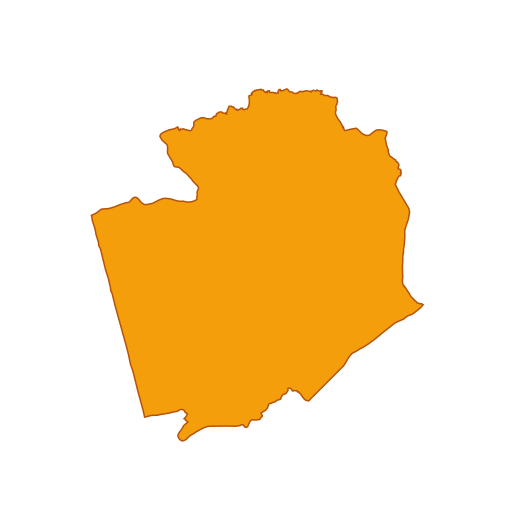 the district of Koulpelogo, Koulpélogo, Burkina Faso, rotated 62°
{"feature_id": "67063806B92956545078683", "entity_name": "Koulpelogo", "entity_type": "district", "adm_level": 2, "iso_a3": "BFA", "parent_name": "Burkina Faso", "parent_adm1": "Koulpélogo", "projection": "natural_earth1", "projection_center": [0.149, 11.415], "detail": "fine", "context": "isolated", "style": "filled", "palette": "amber", "viewbox_px": 512, "rotation_deg": 62, "n_neighbors": 0, "source": "geoboundaries", "source_scale": "gbopen_adm2", "svg_char_len": 6125}
<svg xmlns="http://www.w3.org/2000/svg" viewBox="0 0 512 512"><g transform="rotate(62 256 256)"><path d="M190.2,107.6L188.4,113.2L187.2,118.3L186.7,118.9L184.9,118.7L183.2,118.9L183.2,118.3L181.9,118.7L178.1,118.6L172.6,119.3L168.7,119.2L166.1,118.3L165.0,116.9L161.1,115.2L160.0,113.3L159.1,112.9L158.6,112.0L157.7,111.4L155.8,110.8L155.0,110.3L154.0,110.7L153.0,111.6L152.5,113.3L152.1,113.5L151.4,114.4L150.5,115.9L148.8,116.7L147.8,117.5L146.5,120.2L144.3,121.2L144.0,121.6L143.9,122.4L143.4,123.0L142.9,122.8L142.3,121.8L142.2,121.1L141.5,120.2L141.0,120.3L140.4,121.5L140.5,122.2L140.2,122.6L138.1,124.2L138.0,124.6L138.6,125.1L137.9,126.4L137.4,127.0L136.6,127.4L136.5,127.7L136.6,128.1L136.4,129.3L136.9,130.0L136.9,130.5L136.4,130.4L133.5,134.3L133.4,135.7L133.0,136.0L133.2,136.9L132.8,137.3L132.8,137.8L132.1,138.4L132.1,138.8L131.5,139.4L131.2,140.1L131.5,140.6L131.3,141.8L131.8,142.9L131.4,143.2L131.4,144.3L129.8,146.5L128.3,147.0L127.2,148.7L126.6,149.2L125.2,149.6L124.2,149.6L122.9,150.4L122.5,154.8L121.6,156.9L120.4,156.4L120.0,157.0L120.1,158.2L121.7,159.7L122.5,160.1L121.8,161.9L120.9,162.4L120.5,163.4L120.0,163.6L118.8,165.5L118.2,167.0L117.1,167.1L116.4,166.7L116.2,167.0L115.8,167.8L115.9,169.3L117.0,169.2L117.1,169.6L115.7,170.5L115.6,171.1L114.4,171.6L112.8,171.6L112.4,172.7L112.0,173.3L111.4,173.1L110.9,174.0L110.2,176.6L109.7,177.3L109.8,178.2L109.3,179.3L109.8,179.6L109.3,181.3L109.7,181.8L110.2,183.6L111.1,183.3L111.3,183.6L111.5,184.6L111.8,184.9L111.4,186.2L111.4,187.2L115.9,189.0L118.7,190.7L120.5,192.4L122.0,194.6L121.2,197.0L121.3,197.8L120.1,198.9L119.8,199.0L119.6,198.6L119.2,198.4L118.4,200.0L118.8,201.6L118.7,204.0L118.2,204.4L117.5,204.0L117.2,205.0L113.6,206.1L113.3,206.7L111.8,207.9L111.2,209.5L114.1,213.1L115.2,213.8L115.3,214.4L115.6,214.8L116.9,215.3L116.3,215.8L115.4,215.8L115.1,217.2L113.7,218.4L113.0,218.5L112.2,219.6L111.7,220.8L111.8,223.5L112.1,224.4L113.7,225.7L113.6,226.5L113.2,226.8L112.9,227.4L113.7,229.5L113.8,230.5L113.4,232.1L112.0,234.5L110.8,236.0L109.4,237.1L108.4,239.1L108.1,240.3L108.0,245.7L108.4,247.5L108.8,248.1L109.1,248.2L109.9,248.8L111.2,249.3L112.3,250.3L112.7,250.9L113.5,252.7L114.7,253.8L114.7,254.7L114.3,255.6L113.6,256.1L113.1,257.2L111.5,258.5L111.3,259.0L110.6,259.7L109.8,260.1L109.6,260.5L109.5,261.5L108.3,263.2L108.4,263.7L109.4,264.3L109.1,264.6L108.3,265.1L107.0,264.9L106.3,264.5L105.4,264.5L105.2,264.8L105.4,267.0L105.2,268.8L103.8,273.6L103.4,277.9L103.3,280.1L103.6,282.5L104.1,283.6L105.3,284.7L109.1,284.6L110.7,284.2L115.6,282.4L117.0,282.4L118.5,283.0L123.3,285.7L124.1,285.9L133.7,285.5L137.0,286.2L138.2,286.1L139.2,285.6L141.2,282.8L141.9,282.3L143.7,281.5L147.2,280.4L150.6,278.7L157.9,276.9L160.3,276.6L163.6,275.7L165.9,274.9L168.0,274.5L169.3,275.0L171.2,277.4L172.3,278.2L174.9,279.4L176.0,280.5L177.9,281.3L178.5,283.0L178.0,286.8L177.5,288.5L176.1,291.3L173.1,295.0L172.5,296.6L170.7,299.3L165.2,305.0L163.6,307.3L162.5,309.0L161.6,311.0L161.0,315.7L161.0,322.2L160.2,325.3L158.9,329.2L157.9,330.6L154.9,332.2L150.6,333.0L148.7,333.8L147.7,334.5L147.2,335.7L147.0,336.9L147.2,337.8L147.6,339.2L148.7,341.8L148.9,342.7L148.7,343.6L147.8,346.4L146.8,351.8L146.2,357.6L145.4,362.1L144.5,365.0L142.5,369.3L142.2,370.2L142.1,371.2L143.0,376.1L143.1,377.9L142.8,382.3L145.1,382.8L147.9,383.9L156.5,385.4L162.2,387.2L170.1,388.7L173.1,390.0L176.8,390.0L197.5,395.3L206.4,396.9L215.4,399.3L219.0,400.6L221.4,400.6L233.6,403.7L274.2,412.7L284.0,415.1L292.4,417.6L300.2,418.8L320.4,423.9L339.2,428.1L346.0,430.0L347.8,422.7L350.3,418.0L351.0,415.1L353.9,406.5L354.9,402.3L356.2,398.3L356.0,395.2L356.3,394.1L358.0,392.0L360.6,392.0L363.2,390.7L364.9,393.0L365.9,395.8L366.4,395.2L368.0,395.3L368.6,394.7L370.6,394.2L371.9,399.8L373.1,401.3L374.6,404.0L375.4,406.0L377.2,408.7L378.2,409.5L379.4,409.7L381.0,409.7L382.5,409.3L384.1,408.5L384.9,407.4L385.2,405.5L385.1,403.6L383.8,399.1L383.6,397.5L383.6,394.7L383.2,391.7L383.1,384.2L383.3,381.7L383.8,378.8L384.8,376.3L392.9,360.7L396.7,354.0L398.2,350.0L398.0,349.3L398.2,348.4L398.8,346.7L401.7,346.2L402.2,345.8L402.8,344.5L402.8,343.5L399.7,339.6L399.1,338.7L398.8,337.9L398.8,336.7L399.0,335.8L399.9,334.8L400.1,334.1L400.6,333.4L400.9,332.6L401.3,331.9L401.5,330.8L401.8,330.4L401.9,329.7L401.9,328.9L400.9,327.7L400.7,326.2L400.4,325.6L399.5,325.3L397.8,325.5L397.0,325.0L396.6,319.4L396.3,319.0L395.4,317.0L394.8,316.5L394.0,315.4L393.5,315.2L392.8,314.1L392.7,313.1L393.2,311.7L393.3,309.7L393.7,307.9L393.2,304.3L393.8,303.1L393.9,301.4L393.2,300.9L391.4,298.4L391.1,297.3L391.5,294.4L390.7,292.5L389.6,290.7L388.5,290.6L387.8,289.5L388.6,288.1L389.9,287.4L391.3,287.1L391.8,287.3L392.4,287.0L392.7,286.4L392.8,285.4L393.2,284.7L394.5,282.9L395.4,283.2L396.5,281.9L397.4,282.1L398.9,281.3L399.8,281.3L400.5,281.5L401.2,281.1L402.4,281.0L402.8,281.2L403.3,280.8L404.0,280.6L405.3,280.6L407.5,279.1L408.7,277.3L407.6,274.4L394.0,230.1L393.0,228.2L389.2,222.0L387.9,219.3L387.1,216.6L387.0,215.3L387.2,212.6L386.8,207.6L386.9,204.3L386.3,197.3L384.9,188.4L383.2,180.4L380.5,165.6L380.4,162.7L381.0,155.1L380.4,152.4L380.1,150.3L380.7,145.7L380.6,143.8L378.9,134.8L377.5,131.3L375.6,132.5L375.4,133.3L374.8,134.1L374.4,134.2L373.1,135.7L370.9,136.1L370.0,137.0L369.2,136.7L364.7,138.2L359.2,138.4L359.0,138.7L354.5,138.8L352.8,139.7L352.4,139.5L352.3,139.1L350.9,139.7L349.0,139.4L346.0,138.1L344.0,136.6L333.3,131.3L329.3,128.7L324.8,126.3L321.9,124.0L318.9,122.3L315.9,120.0L312.2,117.6L308.4,115.3L304.2,113.2L301.6,111.2L294.8,104.0L289.3,99.7L286.3,98.9L284.2,98.8L266.3,99.7L258.5,99.4L258.0,99.2L257.2,98.2L256.5,97.7L253.6,94.1L252.4,92.0L253.0,91.3L252.9,90.9L252.4,90.4L252.3,89.8L251.3,89.4L250.8,88.8L249.9,89.2L249.1,88.0L247.8,87.8L247.0,88.1L245.7,89.6L244.1,88.5L243.6,87.7L242.7,87.1L242.1,86.9L239.6,87.0L238.2,87.9L236.7,87.6L235.4,88.5L230.1,91.0L229.2,91.0L228.2,90.6L225.7,90.3L225.1,89.5L219.8,88.8L212.6,86.6L209.7,83.3L208.4,82.4L207.5,82.0L204.7,84.7L202.3,88.1L201.6,89.8L201.3,91.3L201.7,94.4L202.6,99.1L201.8,101.4L200.0,103.3L197.6,104.9L191.4,106.9L190.2,107.6Z" fill="#f59e0b" stroke="#b45309" stroke-width="1.5"/></g></svg>